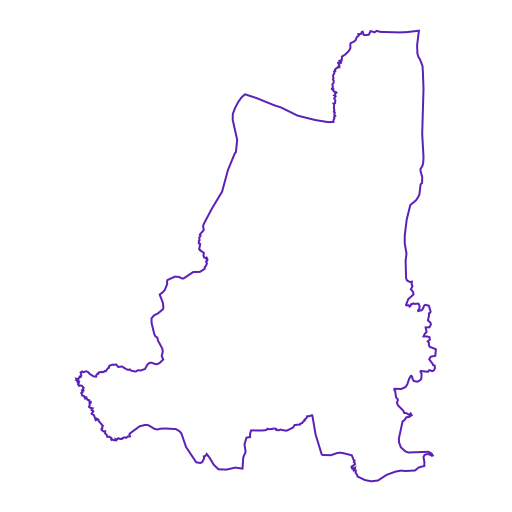 Chaloem Phra Kiat, Buri Ram, Thailand (Mercator projection)
{"feature_id": "78962969B72418392549656", "entity_name": "Chaloem Phra Kiat", "entity_type": "district", "adm_level": 2, "iso_a3": "THA", "parent_name": "Thailand", "parent_adm1": "Buri Ram", "projection": "mercator", "projection_center": [102.88, 14.577], "detail": "fine", "context": "isolated", "style": "outline", "palette": "violet", "viewbox_px": 512, "rotation_deg": 0, "n_neighbors": 0, "source": "geoboundaries", "source_scale": "gbopen_adm2", "svg_char_len": 5979}
<svg xmlns="http://www.w3.org/2000/svg" viewBox="0 0 512 512"><path d="M418.9,30.7L407.0,32.1L399.3,32.4L380.6,31.9L376.6,30.9L374.6,32.3L370.6,31.1L368.8,34.7L364.5,35.2L363.6,34.8L362.7,31.7L361.9,31.9L361.0,33.9L358.4,34.1L358.9,35.3L356.6,37.4L355.8,39.9L354.4,41.3L350.7,43.2L350.3,44.5L350.4,48.1L348.9,50.8L345.4,54.4L341.9,56.6L341.9,59.9L339.8,60.7L341.2,61.9L341.1,62.7L339.0,62.3L338.1,62.7L338.3,63.4L339.4,63.7L339.0,64.5L339.5,65.7L338.5,66.3L339.1,67.3L337.5,67.5L335.5,69.0L335.0,69.7L335.3,71.1L334.1,71.5L334.4,73.1L333.0,75.5L333.5,78.3L332.9,79.4L333.8,81.0L333.5,83.0L332.4,84.3L332.9,87.4L331.8,88.9L332.2,89.4L333.3,89.2L333.2,90.4L334.1,91.6L336.0,92.1L336.4,92.7L335.1,93.7L335.1,94.9L334.2,95.4L335.6,96.3L334.2,98.4L335.3,100.2L335.1,103.1L333.5,103.5L334.1,104.4L333.9,108.6L334.4,109.7L333.8,111.8L334.8,112.4L334.3,114.7L335.3,115.9L334.0,117.1L334.4,118.4L333.5,120.1L333.4,122.0L328.0,122.1L315.1,120.0L297.5,115.6L280.9,107.4L273.8,105.1L256.6,98.1L245.0,94.3L241.5,97.4L238.4,101.7L235.1,107.9L232.8,114.0L232.7,119.8L237.2,139.9L235.9,152.0L234.7,153.6L228.0,169.9L222.1,191.6L211.6,209.1L203.6,224.3L203.1,226.1L203.7,230.1L199.8,234.6L200.6,235.8L199.2,237.6L199.6,240.2L198.9,240.8L198.8,243.4L199.8,243.5L200.2,244.2L199.1,249.1L200.1,249.8L200.1,250.4L203.6,252.6L203.9,253.4L203.4,255.5L204.1,257.5L205.5,257.9L206.6,257.5L207.4,259.1L207.4,259.7L206.6,259.6L206.8,261.5L206.1,261.9L206.9,263.6L205.7,266.3L204.7,267.1L204.7,268.8L199.9,271.9L193.2,272.0L183.5,278.5L181.8,278.4L179.2,277.0L175.0,276.6L167.5,280.0L167.0,281.4L167.2,284.0L164.8,289.9L162.7,292.3L159.7,294.6L162.9,302.9L163.4,307.2L163.0,309.2L157.7,313.6L154.1,315.3L151.5,318.4L151.6,323.1L154.3,334.2L155.4,336.3L157.3,337.6L158.1,340.8L162.3,348.6L162.8,351.6L161.7,355.9L163.2,359.5L159.6,363.0L157.2,364.2L155.8,364.2L151.4,362.7L149.4,362.9L147.2,364.9L145.0,369.0L140.6,370.5L138.0,370.2L136.1,371.4L134.9,371.5L131.0,370.6L129.9,369.4L128.4,369.9L126.5,369.3L122.0,366.5L118.3,367.0L116.0,364.4L113.7,364.9L112.6,364.6L109.3,365.8L108.9,367.8L108.0,368.1L105.7,371.3L104.6,371.0L103.7,371.9L101.9,372.3L101.3,371.8L98.5,372.6L98.4,373.7L97.5,373.8L96.5,374.7L96.2,376.6L93.9,376.5L92.5,375.7L89.9,374.1L87.9,371.9L86.0,371.3L83.1,372.3L82.2,371.5L80.6,372.4L81.3,375.7L80.6,377.1L79.6,376.6L78.4,379.2L76.4,378.7L76.7,379.3L76.1,380.0L77.4,381.1L78.1,380.8L79.0,381.4L77.9,382.6L78.8,383.0L78.1,384.3L79.1,385.9L80.0,385.4L81.9,385.8L83.7,387.8L82.3,389.8L83.4,390.1L83.5,390.6L82.1,391.1L82.5,392.4L81.3,393.0L82.2,395.5L84.1,396.1L84.5,397.4L85.9,397.2L85.5,398.6L87.0,398.5L87.6,399.9L89.2,400.2L89.4,401.9L90.7,401.8L90.7,402.8L89.5,403.9L89.7,405.5L89.0,406.8L90.0,407.7L92.5,408.3L91.7,409.1L91.6,410.2L92.9,410.6L93.3,411.2L91.6,413.8L94.0,415.2L95.7,420.2L96.4,419.9L96.2,418.5L97.0,418.6L98.6,420.0L98.7,421.0L102.9,425.9L102.1,427.2L102.3,428.5L101.5,429.0L101.5,429.7L103.4,431.4L105.2,431.2L105.1,433.3L106.8,435.1L107.4,436.9L109.4,436.7L111.4,438.1L111.1,439.1L111.6,440.0L112.8,439.6L114.2,440.3L115.9,440.3L115.6,439.0L117.1,439.5L118.3,438.2L120.1,439.0L122.0,438.9L122.3,438.2L122.8,438.3L124.3,437.3L126.1,437.9L127.5,436.6L130.0,436.4L129.4,434.5L129.7,433.6L139.6,426.3L144.8,425.0L147.1,424.9L149.3,425.7L154.3,428.8L157.3,429.5L160.5,428.7L165.5,428.5L175.9,429.1L179.6,431.3L181.4,433.5L186.1,447.1L196.2,462.3L200.3,463.0L202.3,462.0L204.1,458.4L203.8,456.4L205.5,455.9L206.7,454.0L209.6,457.8L213.7,464.7L218.5,469.3L226.5,469.6L235.2,467.6L242.5,468.6L243.3,457.3L245.6,451.9L244.5,444.2L246.5,437.6L250.1,437.1L250.1,433.5L251.1,430.4L262.2,430.5L266.1,430.1L267.5,428.7L268.9,429.3L274.7,428.5L276.1,428.9L276.3,430.1L279.1,430.2L280.1,429.6L286.0,430.7L287.3,430.4L293.0,427.6L294.7,425.0L300.1,424.5L300.4,423.6L302.3,423.0L303.2,421.5L304.4,420.8L305.0,419.9L304.7,419.6L306.7,417.8L307.2,416.2L309.4,416.2L312.0,415.2L312.4,415.8L315.6,434.6L321.7,454.4L322.9,455.0L330.9,455.2L337.0,453.1L339.7,452.7L343.1,453.1L351.8,455.3L353.6,459.9L354.6,460.6L353.9,462.2L354.6,462.7L355.0,464.3L351.5,466.7L352.0,468.5L352.4,468.8L353.5,468.0L353.7,470.0L354.9,468.6L354.6,470.3L355.8,470.5L355.6,472.8L357.2,474.9L357.4,476.4L365.0,480.1L371.3,481.3L378.0,480.5L386.7,474.8L395.6,471.6L400.9,470.6L405.6,471.0L414.9,470.5L418.9,467.4L424.3,466.0L424.4,462.2L423.5,457.0L424.6,454.8L427.2,454.1L429.0,454.3L431.9,455.8L432.8,455.5L431.5,453.5L428.4,451.8L408.3,452.5L405.4,451.4L400.8,447.3L399.0,442.2L398.9,438.4L402.6,421.3L404.3,420.3L406.5,417.2L409.0,417.0L411.7,415.2L410.6,413.4L409.0,414.8L406.7,413.3L404.1,412.9L403.5,411.0L397.8,405.1L396.9,402.6L397.8,400.5L397.8,399.2L396.5,398.1L396.0,396.8L395.1,390.8L394.4,390.1L394.4,388.8L401.2,389.0L405.6,387.0L407.3,384.3L409.1,378.9L410.8,375.9L411.4,375.8L412.1,376.7L412.6,379.1L413.8,381.0L417.6,381.7L420.6,379.8L421.3,378.6L421.6,374.0L420.5,371.8L420.7,371.0L427.9,371.8L429.0,370.3L429.8,370.2L432.1,371.2L433.8,370.4L434.9,368.4L434.7,365.6L433.1,365.1L432.5,363.6L429.2,359.3L430.8,356.7L435.3,355.8L435.9,349.3L429.6,346.7L428.9,345.0L429.0,343.1L427.7,341.4L429.9,339.6L429.5,337.2L427.2,336.5L423.5,336.4L424.9,333.6L426.6,332.1L425.6,327.4L429.5,327.3L430.9,324.5L430.5,322.7L427.9,320.4L429.1,315.3L428.9,313.4L430.1,312.8L430.6,311.7L428.9,305.7L425.3,304.8L424.2,305.6L422.5,309.5L420.9,310.6L419.8,310.4L418.2,311.1L418.0,310.6L419.4,308.5L419.6,306.4L418.9,304.2L418.3,303.6L415.0,303.9L413.1,303.4L412.6,304.0L411.2,304.1L410.4,306.1L409.5,306.6L408.6,305.2L406.8,305.5L406.0,304.9L408.3,299.1L413.5,294.5L413.0,291.7L410.9,289.3L412.5,286.2L411.7,284.7L411.9,281.7L409.9,282.0L406.9,280.4L406.1,278.1L405.6,260.7L406.5,253.6L404.7,243.3L404.8,234.9L406.7,219.6L410.3,205.0L416.0,200.3L418.1,197.2L419.4,194.4L420.6,184.3L422.1,183.0L422.2,177.0L420.5,170.8L420.5,168.9L422.3,166.2L423.2,162.9L423.5,157.1L422.2,133.6L423.5,88.9L422.9,72.1L422.5,65.9L419.8,59.0L418.5,57.2L417.4,53.5L417.1,45.3L418.9,30.7Z" fill="none" stroke="#5b21b6" stroke-width="2"/></svg>